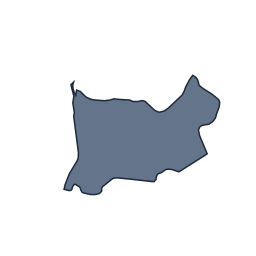 the Department of León, rotated 51°
{"feature_id": "NIC-658", "entity_name": "León", "entity_type": "Department", "adm_level": 1, "iso_a3": "NIC", "parent_name": "Nicaragua", "parent_adm1": "", "projection": "orthographic", "projection_center": [-86.624, 12.561], "detail": "fine", "context": "isolated", "style": "filled", "palette": "slate", "viewbox_px": 256, "rotation_deg": 51, "n_neighbors": 0, "source": "natural_earth", "source_scale": "10m", "svg_char_len": 1755}
<svg xmlns="http://www.w3.org/2000/svg" viewBox="0 0 256 256"><g transform="rotate(51 128 128)"><path d="M135.4,216.3L132.5,212.6L126.7,202.5L121.3,187.7L119.7,185.3L115.9,182.0L84.4,162.6L82.4,160.1L73.8,155.1L69.1,150.0L58.5,145.2L58.1,141.5L59.8,143.9L62.8,145.9L66.4,147.4L69.7,148.0L66.2,144.1L69.6,142.1L77.2,141.2L79.8,140.1L82.4,138.5L83.9,137.6L91.9,129.3L95.0,124.3L96.2,121.2L96.8,120.2L99.8,117.3L103.7,113.1L107.4,109.0L110.4,107.6L113.4,104.0L115.5,99.9L116.6,98.8L118.3,97.9L129.4,96.4L131.6,95.9L132.8,95.4L135.5,93.7L137.5,89.3L137.9,84.3L136.5,65.3L134.6,60.9L132.5,57.5L129.3,50.0L127.8,44.6L130.4,43.6L131.9,43.4L133.9,43.5L136.4,44.3L139.4,45.8L141.2,45.6L144.3,44.9L154.4,41.5L163.0,39.7L164.9,40.2L166.0,40.8L168.8,43.6L172.8,50.3L174.4,52.5L175.2,53.8L176.3,57.7L176.0,62.7L172.6,68.7L172.4,70.5L172.4,71.9L174.0,74.6L179.1,77.2L197.9,82.7L197.5,86.6L195.7,102.2L194.1,116.1L188.1,119.8L185.9,122.0L184.6,123.7L184.2,124.6L184.0,125.4L184.0,126.0L183.8,127.6L183.8,128.2L183.9,128.6L183.8,129.3L183.6,130.3L182.7,133.1L182.5,133.8L182.6,134.3L182.9,135.1L183.1,135.5L184.5,137.6L185.5,138.4L185.7,138.7L185.8,139.1L185.8,140.1L185.9,140.6L186.1,141.2L185.9,141.7L185.3,142.5L170.3,157.3L160.0,167.7L157.9,170.7L157.6,173.2L157.6,184.4L157.8,185.4L158.2,186.4L158.9,186.9L159.7,187.4L160.6,188.5L160.9,191.4L158.9,195.7L155.9,199.2L150.1,203.7L149.2,204.1L148.8,204.1L146.6,203.7L144.4,202.8L144.1,202.8L143.7,202.8L143.3,202.8L142.9,202.9L140.6,203.8L139.5,204.0L138.9,204.3L138.5,204.5L138.3,204.8L138.1,205.2L138.1,205.7L138.2,206.1L138.4,207.0L139.5,209.2L140.2,210.0L140.4,210.4L140.5,210.9L140.5,211.3L140.5,211.7L139.8,212.9L139.2,213.5L135.4,216.3L135.4,216.3Z" fill="#64748b" stroke="#1e293b" stroke-width="1.5"/></g></svg>